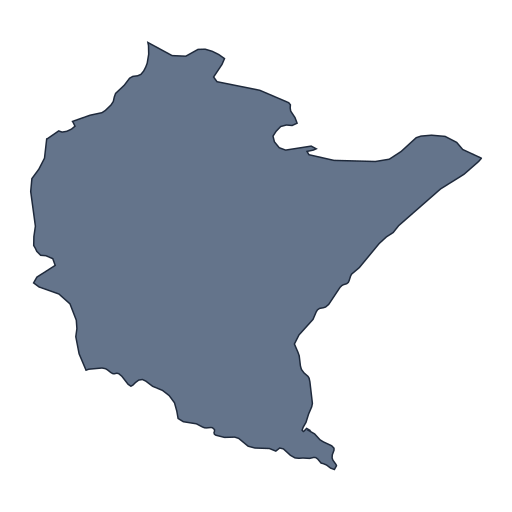 the border of Subcarpathian
{"feature_id": "POL-3152", "entity_name": "Subcarpathian", "entity_type": "Voivodeship", "adm_level": 1, "iso_a3": "POL", "parent_name": "Poland", "parent_adm1": "", "projection": "robinson", "projection_center": [22.333, 49.912], "detail": "fine", "context": "isolated", "style": "filled", "palette": "slate", "viewbox_px": 512, "rotation_deg": 0, "n_neighbors": 0, "source": "natural_earth", "source_scale": "10m", "svg_char_len": 2628}
<svg xmlns="http://www.w3.org/2000/svg" viewBox="0 0 512 512"><path d="M114.1,373.8L112.7,373.6L110.8,372.5L107.4,369.8L105.5,368.7L102.0,368.0L88.8,369.2L86.0,370.2L85.9,370.1L85.7,369.4L79.1,353.8L75.8,336.7L76.9,328.6L76.3,320.2L70.0,303.9L58.9,294.0L39.1,287.0L33.6,282.9L36.9,277.1L55.2,265.4L52.8,258.7L45.9,255.7L40.7,255.3L36.8,251.4L35.3,248.2L33.7,245.5L33.9,236.5L35.4,226.2L30.7,191.5L31.9,178.6L38.9,169.1L44.5,158.2L46.7,138.9L47.4,138.7L58.7,130.9L62.1,132.1L66.8,131.3L71.5,129.1L75.0,126.2L73.2,122.5L72.5,121.4L90.1,115.2L101.9,112.7L105.3,110.5L111.0,105.0L113.3,101.5L114.3,97.0L115.6,93.4L124.3,85.2L129.6,78.2L132.8,76.4L137.6,75.8L140.9,74.4L143.7,71.0L145.8,66.9L147.2,63.2L148.7,54.2L148.5,45.6L147.9,42.5L172.1,55.6L185.8,56.2L198.0,49.4L205.2,49.2L212.2,51.3L218.7,54.5L224.5,58.6L222.0,64.4L213.6,77.0L217.0,81.7L259.8,90.3L288.7,102.7L290.4,104.8L290.2,108.0L290.7,111.1L295.0,117.6L297.1,123.2L292.1,125.5L286.4,125.0L280.7,126.5L276.1,131.3L273.0,136.1L274.4,141.8L279.2,147.7L285.6,150.1L311.2,146.1L316.2,148.8L313.3,150.1L307.0,151.4L308.9,154.7L334.0,160.4L375.4,161.5L389.3,159.2L401.1,151.5L416.2,137.7L421.0,136.1L431.5,135.2L445.1,136.4L456.7,142.4L462.7,149.5L481.2,158.1L481.3,158.2L481.2,158.5L478.6,161.5L464.2,174.1L458.9,177.5L448.9,183.7L440.6,188.9L398.7,225.6L393.2,232.5L386.5,236.8L379.2,243.5L359.3,267.6L351.6,274.1L350.6,276.0L349.1,280.7L348.3,282.4L346.7,283.7L343.4,284.7L341.8,285.6L340.0,287.4L328.7,304.4L325.6,307.0L323.5,307.7L319.6,308.4L317.5,309.8L316.2,311.9L313.0,319.4L299.0,334.9L294.4,344.0L298.0,352.4L299.2,355.8L300.4,365.8L301.1,368.4L301.6,369.7L304.0,372.9L308.0,376.4L309.1,378.2L309.9,381.9L312.4,403.4L311.7,406.8L308.6,414.0L306.0,422.3L303.1,427.4L302.1,430.2L303.3,431.5L304.1,431.0L306.6,428.4L309.5,430.1L309.2,430.2L308.5,430.4L314.6,433.9L320.0,439.8L323.4,441.9L331.7,445.8L334.0,448.2L334.0,450.2L332.3,454.8L332.1,457.9L332.9,460.2L336.0,464.5L336.2,465.0L336.5,465.7L334.4,469.5L330.6,468.1L326.5,465.0L323.2,463.6L321.1,463.1L317.7,459.0L315.8,457.6L313.8,457.4L309.6,458.4L302.9,458.0L298.9,458.3L295.0,457.9L290.4,455.3L283.4,448.9L279.7,448.0L275.8,451.1L269.4,448.5L254.9,448.0L248.1,446.2L238.7,438.4L234.7,437.1L224.5,437.4L215.8,435.2L214.4,434.2L214.0,432.7L214.5,431.2L214.5,429.6L212.4,427.7L210.9,427.5L206.5,427.9L204.6,427.8L202.5,427.0L196.4,423.8L183.3,421.7L178.1,418.5L176.8,411.1L174.5,402.8L169.2,395.6L162.5,390.4L152.6,386.3L145.8,381.1L142.4,379.5L138.7,380.1L135.5,382.5L132.9,385.1L130.9,386.2L128.1,384.3L121.9,376.3L118.8,373.7L116.9,373.2L114.1,373.8Z" fill="#64748b" stroke="#1e293b" stroke-width="1.5"/></svg>